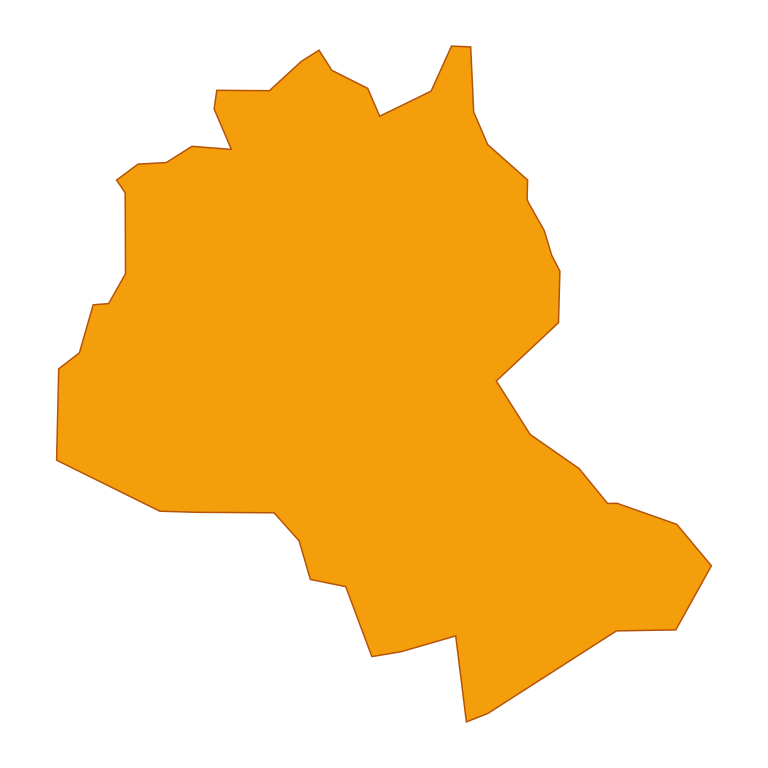 Lee, South Carolina, United States of America
{"feature_id": "52423323B63410184829220", "entity_name": "Lee", "entity_type": "district", "adm_level": 2, "iso_a3": "USA", "parent_name": "United States of America", "parent_adm1": "South Carolina", "projection": "robinson", "projection_center": [-80.251, 34.159], "detail": "fine", "context": "isolated", "style": "filled", "palette": "amber", "viewbox_px": 768, "rotation_deg": 0, "n_neighbors": 0, "source": "geoboundaries", "source_scale": "gbopen_adm2", "svg_char_len": 754}
<svg xmlns="http://www.w3.org/2000/svg" viewBox="0 0 768 768"><path d="M319.0,50.2L301.4,61.3L269.4,90.7L216.8,90.3L214.1,108.9L231.4,149.4L192.0,146.3L166.2,162.6L138.0,164.1L116.6,180.1L125.2,192.9L125.5,273.8L108.6,303.6L93.2,304.8L79.4,352.8L58.7,368.8L56.6,460.2L159.8,511.2L196.3,512.3L274.0,512.8L299.1,540.8L310.4,579.5L345.7,586.6L371.9,656.6L401.1,651.7L455.7,635.9L466.4,721.9L487.9,713.4L616.4,630.9L675.8,629.9L711.4,565.8L676.8,524.4L617.0,503.3L607.6,503.5L579.1,468.6L530.2,434.5L496.3,381.0L558.5,322.7L559.9,271.2L551.7,255.3L544.3,230.7L528.8,203.2L527.1,199.7L527.6,180.0L487.7,144.6L473.7,112.0L470.7,46.9L451.5,46.1L431.1,91.1L379.7,116.2L367.7,88.4L331.9,70.4L319.0,50.2Z" fill="#f59e0b" stroke="#b45309" stroke-width="1.5"/></svg>